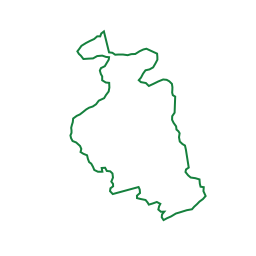 Aratuípe, Bahia, Brazil, rotated 69°
{"feature_id": "56859067B37330443565805", "entity_name": "Aratuípe", "entity_type": "district", "adm_level": 2, "iso_a3": "BRA", "parent_name": "Brazil", "parent_adm1": "Bahia", "projection": "equal_earth", "projection_center": [-39.08, -13.09], "detail": "fine", "context": "isolated", "style": "outline", "palette": "green", "viewbox_px": 256, "rotation_deg": 69, "n_neighbors": 0, "source": "geoboundaries", "source_scale": "gbopen_adm2", "svg_char_len": 2015}
<svg xmlns="http://www.w3.org/2000/svg" viewBox="0 0 256 256"><g transform="rotate(69 128 128)"><path d="M149.1,82.1L146.8,83.3L143.7,82.5L139.5,83.6L136.1,83.9L132.8,82.5L130.4,79.0L115.6,72.7L113.4,74.4L110.8,74.1L108.2,72.9L105.8,71.9L102.5,71.2L99.2,72.7L96.9,74.6L95.3,77.8L95.4,83.1L95.9,88.5L96.2,93.5L92.4,95.2L89.8,99.5L87.2,100.8L85.6,97.8L82.6,94.4L80.4,91.0L81.0,86.9L80.4,82.8L77.6,79.3L74.8,76.1L72.1,75.1L69.0,74.2L60.6,82.4L60.2,85.5L60.5,89.6L61.5,94.7L60.2,98.5L59.9,102.2L57.7,106.2L56.0,110.5L55.0,113.7L52.2,115.6L50.6,118.6L29.2,115.9L30.2,119.1L32.5,121.1L31.4,123.9L32.8,127.7L33.1,132.4L33.6,136.8L34.6,142.0L36.8,145.3L38.3,147.8L41.2,147.3L43.6,146.1L47.6,144.9L49.1,140.0L50.5,135.7L49.8,131.0L51.2,126.1L53.8,123.0L55.1,120.3L57.3,121.5L59.4,124.2L62.0,127.5L62.4,131.8L64.3,133.7L67.9,134.0L70.6,133.6L74.2,135.0L77.6,132.4L79.1,129.4L83.6,130.9L87.0,133.0L89.3,136.7L91.6,139.6L92.0,145.5L94.4,149.3L95.3,153.2L95.1,157.0L95.7,160.4L97.0,164.4L98.1,168.1L98.3,171.5L99.5,175.8L102.8,177.5L105.2,179.4L107.5,181.0L110.0,181.6L112.3,182.5L114.3,184.4L117.1,184.8L120.3,184.4L122.9,181.6L127.6,179.2L130.8,179.1L133.4,180.9L136.1,178.9L138.8,176.0L142.5,176.5L145.9,176.5L148.1,175.1L151.6,174.6L155.1,174.5L158.1,171.7L159.6,167.6L155.9,166.9L156.9,163.6L160.5,163.2L162.1,160.1L164.9,158.8L168.9,159.8L172.1,162.8L174.8,162.0L177.1,162.8L178.0,166.0L180.5,167.4L184.2,165.9L186.9,139.3L189.6,139.1L193.0,140.1L194.4,143.9L196.7,144.7L198.9,141.5L201.5,137.4L204.6,136.4L207.0,136.0L207.3,132.1L207.4,127.6L210.4,125.0L212.2,127.0L215.0,128.9L218.0,127.3L219.1,124.1L220.9,127.2L223.4,128.5L226.7,127.8L226.2,123.8L226.0,119.5L225.0,113.9L225.3,110.3L225.8,102.6L226.8,97.4L225.2,94.4L223.8,90.8L222.3,87.6L221.2,83.5L219.3,79.9L214.0,80.2L210.4,78.5L208.8,81.3L205.7,80.9L201.6,79.7L199.0,83.1L196.7,87.2L193.8,88.8L189.7,90.1L187.5,88.7L186.7,85.5L168.9,81.7L164.8,81.1L162.5,82.9L159.2,84.5L154.9,83.7L151.4,81.7L149.1,82.1Z" fill="none" stroke="#15803d" stroke-width="2"/></g></svg>